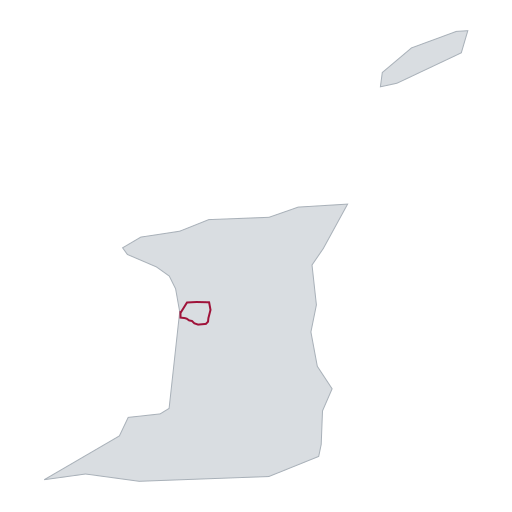 Chaguanas on a map of Trinidad and Tobago (Natural Earth projection)
{"feature_id": "TTO-63", "entity_name": "Chaguanas", "entity_type": "City", "adm_level": 1, "iso_a3": "TTO", "parent_name": "Trinidad and Tobago", "parent_adm1": "", "projection": "natural_earth1", "projection_center": [-61.422, 10.535], "detail": "fine", "context": "in_parent", "style": "outline", "palette": "rose", "viewbox_px": 512, "rotation_deg": 0, "n_neighbors": 0, "source": "natural_earth", "source_scale": "10m", "svg_char_len": 852}
<svg xmlns="http://www.w3.org/2000/svg" viewBox="0 0 512 512"><path d="M318.7,456.4L268.9,476.5L139.2,481.3L85.5,474.0L44.2,479.7L119.4,435.9L128.2,417.4L160.1,413.9L169.1,408.4L179.7,311.8L175.6,288.8L169.3,276.1L156.4,266.9L127.4,254.5L122.6,247.8L140.8,237.1L179.7,231.2L208.8,219.6L269.0,217.3L298.2,207.1L347.6,204.1L323.3,248.5L312.0,265.0L316.4,304.9L310.9,332.0L317.3,366.3L332.1,388.8L322.5,410.9L321.2,444.4L318.7,456.4ZM397.0,83.2L380.4,86.8L382.3,72.5L411.5,47.9L456.3,31.4L467.8,30.7L461.3,52.8L397.0,83.2Z" fill="#d9dde1" stroke="#a8b0b8" stroke-width="1"/><path d="M180.5,317.6L180.5,312.1L181.0,312.1L187.0,302.5L196.6,302.0L209.1,302.3L210.5,309.9L208.4,318.1L208.0,321.7L205.9,323.9L198.1,324.6L194.3,323.3L192.0,321.0L189.1,320.4L186.8,318.7L184.8,318.1L180.5,317.6L180.5,317.6Z" fill="none" stroke="#9f1239" stroke-width="2"/></svg>